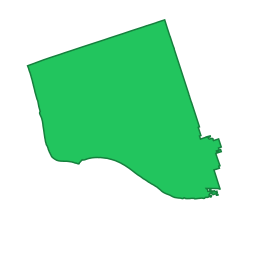 San Ignacio Río Muerto, Sonora, Mexico, rotated 342°
{"feature_id": "50627088B1433623777217", "entity_name": "San Ignacio Río Muerto", "entity_type": "district", "adm_level": 2, "iso_a3": "MEX", "parent_name": "Mexico", "parent_adm1": "Sonora", "projection": "equal_earth", "projection_center": [-110.31, 27.326], "detail": "fine", "context": "isolated", "style": "filled", "palette": "green", "viewbox_px": 256, "rotation_deg": 342, "n_neighbors": 0, "source": "geoboundaries", "source_scale": "gbopen_adm2", "svg_char_len": 5643}
<svg xmlns="http://www.w3.org/2000/svg" viewBox="0 0 256 256"><g transform="rotate(342 128 128)"><path d="M195.3,36.5L194.9,36.5L194.1,36.5L193.8,36.5L193.7,36.5L193.1,36.5L188.3,36.5L187.2,36.6L179.6,36.6L179.3,36.5L179.0,36.6L178.4,36.6L177.4,36.5L174.5,36.6L167.3,36.6L160.1,36.6L152.9,36.7L145.6,36.7L138.4,36.7L133.0,36.8L130.9,36.8L126.4,36.8L123.5,36.8L122.1,36.8L113.1,36.8L108.2,36.8L97.5,36.9L96.7,36.9L90.8,36.9L86.3,37.0L82.0,37.0L80.9,37.0L78.9,37.0L77.3,37.0L75.5,37.0L70.4,37.1L69.2,37.1L51.7,37.8L51.7,38.0L51.8,38.6L51.8,39.6L51.9,40.6L51.8,42.2L51.8,43.3L51.9,45.4L51.8,48.4L51.7,50.5L51.7,51.6L51.6,53.6L51.5,54.6L51.4,55.6L51.3,57.6L51.2,58.2L51.1,60.2L50.9,63.2L50.7,64.8L50.4,71.9L50.4,73.1L50.5,73.6L50.6,74.1L49.8,80.2L49.6,85.2L49.2,85.4L48.6,86.3L48.5,86.6L48.5,86.8L48.5,87.5L48.6,88.8L48.8,90.5L48.9,92.3L48.8,93.5L48.7,95.2L48.2,98.2L47.9,99.5L47.1,104.6L46.6,107.3L46.1,110.2L45.9,111.3L45.7,113.2L45.4,115.0L45.3,116.0L45.3,116.6L45.3,117.6L45.2,118.0L45.2,118.9L45.5,119.7L45.7,121.7L45.7,122.8L45.6,123.9L45.8,125.7L45.8,126.5L46.0,127.5L46.2,129.1L46.3,129.7L46.4,130.2L46.4,130.8L46.6,131.5L46.8,132.2L47.2,132.8L47.6,133.5L48.5,134.7L49.3,135.6L50.2,136.6L51.8,137.7L53.2,138.4L54.3,138.9L55.2,139.2L55.8,139.4L56.2,139.6L57.0,139.9L58.2,140.3L59.2,140.6L59.9,140.9L61.0,141.4L61.8,141.8L63.7,142.7L64.5,143.2L65.2,143.7L65.5,143.8L65.9,144.2L66.2,144.4L66.4,144.6L66.7,144.8L66.9,144.9L67.1,145.1L67.5,145.2L67.7,145.3L67.9,145.5L68.2,145.6L68.6,146.0L69.1,146.4L70.1,146.9L70.5,146.8L70.5,146.4L74.6,144.1L74.8,144.4L75.5,144.6L76.2,144.7L77.1,144.9L77.9,144.8L79.1,144.8L80.6,144.8L82.1,144.9L84.3,145.2L84.9,145.3L86.3,145.6L88.2,146.1L89.9,146.6L91.0,147.1L92.5,147.5L94.5,148.4L96.2,149.2L97.5,149.8L98.9,150.4L100.1,151.2L101.3,152.0L102.2,152.5L103.9,153.7L105.2,154.6L106.6,155.7L107.5,156.6L107.9,156.9L108.3,157.2L109.0,157.9L110.2,159.0L111.6,160.6L113.3,162.4L114.5,163.9L115.6,165.3L116.7,166.7L117.6,168.0L118.6,169.4L119.8,171.2L121.2,173.3L121.6,173.8L122.2,174.7L123.1,175.9L123.4,176.4L123.6,176.5L123.9,176.7L124.2,177.2L124.8,178.0L125.2,178.4L125.3,178.6L125.5,179.0L125.8,179.4L126.3,180.0L126.7,180.7L127.4,181.5L128.0,182.1L128.6,182.8L129.6,184.1L130.4,185.2L130.8,185.8L131.2,186.1L131.6,186.6L132.0,187.0L132.2,187.3L132.4,187.6L132.7,187.9L133.1,188.4L133.6,188.9L133.9,189.2L134.4,189.7L135.0,190.4L135.4,190.9L135.7,191.3L136.3,192.0L137.3,193.1L138.4,194.9L139.8,197.0L140.3,198.1L140.7,198.7L141.5,199.8L142.1,200.5L142.8,201.2L144.3,202.6L146.1,204.0L147.3,205.0L148.1,205.9L149.6,207.4L151.0,208.5L151.8,208.9L152.6,209.3L153.2,209.6L154.0,210.0L155.2,210.5L156.3,210.9L157.2,211.5L157.6,211.8L158.1,212.0L158.5,212.1L158.9,212.0L159.1,211.9L159.4,211.9L159.8,211.7L160.2,211.9L160.3,212.2L160.4,212.3L160.5,212.4L160.6,212.6L160.8,212.8L161.3,212.9L161.6,213.1L162.2,213.4L163.0,213.6L163.7,213.8L165.0,214.2L165.5,214.3L166.3,214.4L167.0,214.6L167.8,214.9L168.6,215.2L169.3,215.4L169.6,216.0L170.9,216.3L171.8,216.5L172.6,216.6L173.2,216.7L173.7,216.9L174.1,216.9L174.8,217.1L175.2,217.2L175.7,217.2L176.3,217.4L176.5,217.5L177.0,217.7L177.5,217.9L177.7,218.1L178.3,218.4L178.7,218.5L179.0,218.5L179.4,218.3L179.7,218.1L180.2,217.9L180.6,218.1L180.8,218.1L181.1,218.2L181.4,218.3L181.8,218.4L182.3,218.6L182.7,218.6L183.1,218.5L183.7,218.1L183.8,218.1L184.0,218.3L184.5,218.5L184.8,218.8L184.9,218.6L185.0,218.7L185.1,218.8L185.3,218.9L185.3,218.7L185.5,218.6L185.8,218.9L185.9,219.0L186.1,219.0L186.2,218.9L186.3,218.8L186.3,219.0L186.3,218.9L186.2,218.6L185.8,217.9L185.7,217.6L185.4,217.5L185.1,217.4L184.9,217.4L184.7,217.5L184.4,216.6L186.1,215.2L186.7,215.6L187.5,216.4L188.3,217.4L188.3,217.7L190.4,217.6L190.9,217.8L191.1,217.9L191.3,218.2L191.3,218.5L191.3,218.9L191.4,219.3L191.6,219.3L192.0,219.5L192.7,219.5L192.8,219.5L193.0,219.5L193.0,219.3L193.0,219.2L192.9,218.8L192.3,218.3L192.3,217.0L192.9,217.0L193.0,215.6L192.7,215.6L191.2,215.6L191.2,215.3L191.0,214.7L190.9,214.5L190.6,214.5L189.0,214.1L188.8,215.1L187.8,214.5L187.6,213.6L187.8,211.6L187.7,211.5L186.9,211.2L186.9,211.4L186.3,213.5L184.3,212.9L184.6,211.5L184.7,211.3L184.6,211.0L184.4,210.6L184.2,210.4L184.0,210.2L183.8,210.1L183.7,210.0L183.6,209.6L187.9,211.0L192.3,212.5L196.0,213.8L196.0,214.3L196.7,214.4L196.7,212.4L196.7,209.1L196.8,200.7L196.8,194.4L198.9,194.5L202.5,194.5L202.5,192.3L203.8,192.3L203.6,183.7L203.6,182.8L203.6,181.0L203.6,179.3L205.0,179.3L205.0,178.8L205.0,177.1L206.5,177.1L206.5,178.9L206.5,179.3L208.0,179.3L209.1,179.3L209.4,179.3L209.4,177.6L209.4,177.1L209.1,177.1L207.9,177.1L207.9,175.0L210.8,174.9L210.8,166.4L209.4,166.4L207.9,166.4L205.4,166.4L205.3,166.1L205.3,165.8L205.3,165.5L205.5,164.6L205.2,164.1L204.4,163.8L202.2,163.7L201.6,163.3L201.3,162.8L201.3,162.2L201.3,161.9L203.6,161.8L203.7,160.9L199.9,160.7L200.0,161.0L198.4,160.9L198.2,160.9L196.3,160.9L196.2,160.9L195.4,160.9L193.5,160.9L193.5,159.8L193.5,157.7L195.0,157.7L195.0,149.3L195.0,149.1L196.3,149.0L196.3,142.6L196.3,140.4L196.3,140.2L196.3,138.6L196.3,136.9L196.3,135.9L196.3,134.6L196.3,133.9L196.3,131.8L196.3,131.7L196.3,131.1L196.3,129.6L196.3,127.4L196.3,124.8L196.3,123.2L196.2,122.9L196.2,121.5L196.2,119.5L196.2,117.7L196.3,116.4L196.2,115.5L196.2,114.5L196.3,114.3L196.3,110.1L196.3,105.8L196.3,105.5L196.3,103.5L196.3,101.4L196.3,99.2L196.3,97.1L196.3,94.9L196.3,92.7L196.3,90.6L196.3,88.5L196.3,88.2L196.3,86.2L196.3,84.1L196.3,79.8L196.3,77.6L196.3,75.5L196.3,73.4L196.3,70.9L196.3,67.4L196.5,66.7L196.4,65.3L196.3,62.5L196.3,62.4L196.3,54.0L196.2,53.7L196.2,45.2L196.3,36.5L196.2,36.5L195.4,36.5L195.3,36.5Z" fill="#22c55e" stroke="#15803d" stroke-width="1.5"/></g></svg>